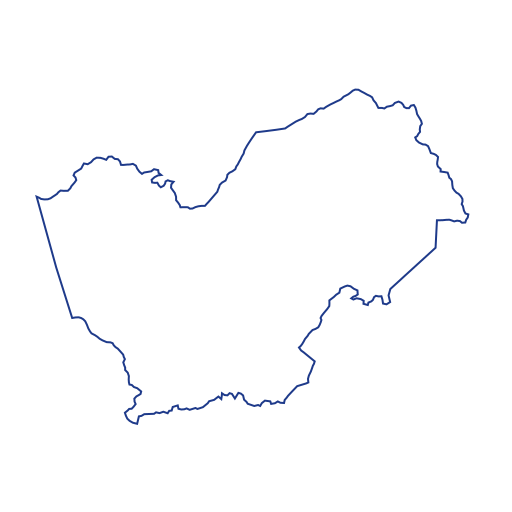 Epitaciolândia, Acre, Brazil, rotated 86°
{"feature_id": "56859067B4079075942971", "entity_name": "Epitaciolândia", "entity_type": "district", "adm_level": 2, "iso_a3": "BRA", "parent_name": "Brazil", "parent_adm1": "Acre", "projection": "robinson", "projection_center": [-68.621, -10.879], "detail": "fine", "context": "isolated", "style": "outline", "palette": "blue", "viewbox_px": 512, "rotation_deg": 86, "n_neighbors": 0, "source": "geoboundaries", "source_scale": "gbopen_adm2", "svg_char_len": 4869}
<svg xmlns="http://www.w3.org/2000/svg" viewBox="0 0 512 512"><g transform="rotate(86 256 256)"><path d="M157.5,369.5L155.5,372.4L155.9,375.3L155.8,378.1L155.9,381.7L155.7,384.3L152.2,385.1L149.8,387.0L149.3,390.1L146.7,392.9L146.7,396.2L149.6,398.7L148.3,401.4L147.2,404.4L146.8,408.1L148.3,411.3L150.9,414.0L152.7,417.5L151.7,421.2L153.8,422.6L156.6,424.3L158.5,427.8L160.2,431.0L162.9,432.4L165.1,430.6L167.8,430.0L170.1,431.9L171.7,433.5L173.5,435.3L175.5,436.5L177.8,439.1L177.6,443.1L177.1,446.4L178.6,448.7L180.2,450.2L181.5,452.4L182.6,454.4L184.1,456.9L184.9,459.7L184.8,463.2L184.1,466.4L182.8,468.2L181.5,470.7L253.5,456.1L305.0,443.7L304.7,440.3L304.8,437.1L305.7,434.7L307.1,432.7L309.2,430.9L312.7,429.5L316.6,428.3L319.7,426.8L321.7,425.5L323.8,422.1L325.6,419.8L327.6,417.8L329.4,415.1L331.5,411.0L332.0,407.2L333.0,405.1L335.2,404.1L337.1,402.5L338.8,400.3L341.6,398.1L345.1,395.4L347.6,394.9L349.7,394.0L352.8,395.8L355.8,395.1L358.2,394.3L360.6,394.5L363.4,392.1L366.9,391.2L370.3,391.6L373.2,391.6L375.4,391.2L376.0,388.9L378.2,386.9L379.6,383.7L381.5,381.7L383.1,380.0L385.6,380.8L386.7,382.9L387.7,385.1L389.8,387.3L392.8,387.3L395.3,386.4L397.8,388.6L399.7,390.7L399.7,393.2L401.2,394.8L403.2,397.7L406.3,396.9L409.3,395.7L411.6,393.6L413.7,390.5L415.1,386.3L407.8,384.0L407.5,381.4L406.0,378.5L406.3,368.7L405.0,366.6L406.0,363.2L404.9,359.3L406.7,355.1L404.4,353.4L404.3,350.9L400.8,349.6L399.6,344.5L403.0,344.0L403.9,341.2L403.9,338.2L403.2,335.9L404.8,332.9L403.4,327.0L404.5,325.1L403.1,319.5L399.5,314.4L397.6,312.9L396.6,307.8L395.1,305.6L393.6,303.3L396.3,300.6L392.7,299.8L390.6,299.5L392.5,297.1L393.0,294.2L391.0,291.9L391.9,289.6L396.7,287.0L391.3,283.1L392.2,280.7L394.2,278.6L398.5,277.9L400.9,275.6L402.8,274.6L405.5,268.2L404.8,264.3L405.9,262.3L403.2,260.5L400.9,257.2L402.0,251.9L404.6,251.2L404.2,247.4L402.6,244.4L404.1,241.9L404.6,238.3L401.6,237.4L399.5,235.3L397.7,233.8L393.7,229.5L388.7,224.0L386.6,214.8L385.8,212.6L382.2,212.7L379.0,211.6L375.0,209.3L371.8,207.9L369.4,206.9L367.6,205.7L365.2,204.8L355.4,215.2L353.4,217.6L350.3,219.5L348.9,217.7L347.1,216.1L344.5,214.3L342.2,212.9L339.2,210.0L337.4,208.8L335.8,207.0L333.8,204.8L332.9,201.8L331.5,198.9L329.3,197.4L326.7,196.1L324.4,195.2L322.4,195.9L320.4,194.8L317.4,192.1L313.8,188.6L311.1,186.4L308.9,186.1L305.4,185.9L302.3,181.2L300.2,178.7L298.4,175.4L294.4,174.2L292.6,169.6L291.9,166.9L292.8,163.8L295.5,160.7L297.4,157.2L301.5,157.2L302.8,159.5L303.4,161.8L304.9,163.9L306.2,161.9L305.2,158.6L306.3,154.5L308.2,151.7L311.2,152.1L312.7,147.9L310.3,147.1L309.3,144.1L307.9,142.4L305.3,141.1L304.1,139.2L304.9,136.4L304.9,133.7L308.5,132.9L312.3,132.6L313.3,129.2L311.3,125.4L307.0,126.1L304.5,126.5L298.3,124.3L287.6,110.8L286.0,108.8L260.3,76.3L233.0,73.0L233.3,67.5L233.2,63.7L233.3,60.6L234.1,58.5L235.3,55.9L234.8,52.9L235.4,50.1L237.2,48.2L237.2,44.9L234.5,43.8L232.4,42.1L229.3,41.3L228.2,44.1L225.2,45.4L220.7,46.1L218.6,47.2L216.1,46.2L213.5,46.1L210.8,47.4L208.1,49.6L206.8,51.6L204.6,53.4L202.1,54.9L198.8,55.2L195.2,55.2L192.9,56.1L191.4,57.7L188.6,58.3L186.2,59.0L185.4,62.2L184.6,66.0L182.2,65.7L179.4,68.3L176.9,68.9L174.7,68.6L172.5,68.0L169.9,67.5L167.7,69.5L166.5,71.6L165.5,74.4L161.4,75.6L158.4,76.7L156.7,79.1L156.3,81.8L154.2,85.5L151.6,88.0L148.8,88.9L147.7,86.9L145.6,85.6L143.6,83.7L141.2,83.8L137.9,83.1L135.7,81.3L132.9,81.8L130.7,82.8L128.1,84.2L125.7,85.4L122.2,85.9L119.1,86.6L116.4,88.0L116.8,90.9L119.2,93.1L119.0,95.6L117.7,97.8L115.5,98.6L113.4,100.2L111.9,103.0L113.0,106.8L115.2,109.1L115.8,111.8L116.2,115.0L117.8,117.7L117.1,119.9L116.8,123.6L114.0,124.8L111.8,125.7L108.9,127.9L105.8,129.1L104.2,131.2L102.8,133.8L100.8,136.8L99.3,139.3L97.3,142.2L96.9,145.4L97.8,147.9L99.7,150.5L101.1,152.6L102.1,154.9L103.2,157.5L105.5,160.1L106.5,162.2L107.5,165.0L108.8,168.1L110.0,171.2L112.1,175.6L113.7,178.2L113.2,181.3L114.0,183.7L116.1,185.7L118.2,188.6L117.7,191.8L118.0,194.8L120.8,197.5L122.5,200.7L123.3,203.3L124.7,206.9L129.4,215.7L130.8,218.0L131.5,227.1L132.1,237.3L132.6,247.3L138.4,252.0L142.3,255.0L145.4,257.3L149.9,260.2L153.0,261.2L155.9,263.3L158.3,264.6L161.2,266.5L163.4,267.8L165.3,269.4L168.0,270.6L169.9,273.7L171.1,276.7L173.0,278.9L175.4,279.4L178.6,281.1L180.4,284.8L182.5,287.2L184.7,288.0L187.2,289.3L189.2,290.1L198.8,299.6L200.6,301.6L202.4,303.4L202.2,306.9L202.4,310.1L203.0,313.0L204.2,316.0L204.2,318.6L202.6,320.6L202.3,324.5L202.1,328.0L199.9,328.5L197.3,330.0L194.8,331.8L191.3,331.6L187.5,332.6L184.3,334.6L182.0,336.0L178.7,335.5L176.2,333.1L175.3,336.5L174.3,338.7L175.3,341.0L177.4,341.6L179.5,343.2L180.8,346.2L179.0,347.9L176.0,349.3L176.0,351.7L175.4,354.5L172.7,354.8L170.3,351.7L168.8,348.2L168.6,344.9L166.3,347.4L163.5,347.6L162.3,351.7L164.2,354.6L164.6,358.5L164.9,361.8L166.1,364.0L163.8,366.4L160.6,368.4L157.5,369.5Z" fill="none" stroke="#1e3a8a" stroke-width="2"/></g></svg>